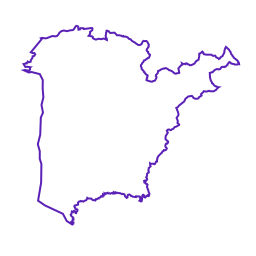 outline of Amansie West, Ashanti, Ghana, rotated 3°
{"feature_id": "2480657B59515552665793", "entity_name": "Amansie West", "entity_type": "district", "adm_level": 2, "iso_a3": "GHA", "parent_name": "Ghana", "parent_adm1": "Ashanti", "projection": "orthographic", "projection_center": [-1.803, 6.438], "detail": "fine", "context": "isolated", "style": "outline", "palette": "violet", "viewbox_px": 256, "rotation_deg": 3, "n_neighbors": 0, "source": "geoboundaries", "source_scale": "gbopen_adm2", "svg_char_len": 5751}
<svg xmlns="http://www.w3.org/2000/svg" viewBox="0 0 256 256"><g transform="rotate(3 128 128)"><path d="M138.8,40.2L137.7,41.8L137.5,42.9L137.0,43.6L135.4,44.6L133.9,44.5L130.9,42.8L130.2,42.1L129.2,41.8L127.0,40.5L126.1,39.4L124.1,38.8L123.3,37.8L122.2,37.2L120.6,36.8L119.2,37.0L118.5,36.3L117.5,36.8L116.8,36.3L114.3,35.8L112.2,36.0L109.6,33.5L105.4,34.0L104.8,33.8L103.7,32.4L102.1,31.9L101.5,32.0L101.7,32.9L101.1,33.7L101.2,35.5L100.8,37.0L101.3,38.7L102.2,40.1L102.3,41.2L99.2,39.9L96.6,40.7L94.0,40.4L91.3,41.4L88.7,40.5L88.1,39.9L88.1,38.9L87.4,38.4L83.9,38.0L85.3,35.9L85.0,34.1L87.2,32.2L87.3,30.4L86.7,30.0L78.6,31.5L78.3,30.7L75.3,30.8L74.8,32.1L73.4,32.4L72.9,29.3L71.3,28.7L70.5,29.1L68.7,32.3L67.8,33.1L64.7,33.6L62.1,34.5L58.8,34.0L56.2,34.9L54.5,36.5L53.7,38.2L52.3,39.8L50.7,40.3L47.6,40.1L42.0,42.6L40.8,42.8L37.3,42.5L36.3,42.9L37.1,43.8L36.9,44.1L27.0,57.5L28.7,58.1L30.6,58.1L31.5,59.3L30.7,60.8L29.0,61.4L28.8,63.2L27.4,65.4L27.3,66.9L25.4,67.6L24.4,66.9L23.5,68.8L22.9,68.5L21.4,69.4L20.4,69.6L22.3,72.4L23.9,72.1L27.3,72.4L26.8,72.8L27.1,74.8L26.0,76.1L23.4,75.6L22.8,75.7L22.2,75.4L20.9,75.8L26.2,77.8L28.6,77.1L37.1,78.8L40.4,84.6L40.7,93.0L41.9,101.8L40.4,109.5L42.3,117.1L40.4,122.1L40.7,139.3L38.8,148.9L41.1,155.8L41.5,163.4L43.4,168.5L44.1,187.0L42.0,205.3L49.2,209.7L67.5,217.1L71.7,224.1L77.4,227.3L78.4,226.5L78.5,225.1L76.9,224.9L75.9,225.6L75.8,225.2L76.8,224.4L77.5,223.0L78.3,222.4L77.6,221.7L78.2,220.8L77.5,219.9L76.3,219.2L75.3,217.7L76.0,216.9L76.3,214.4L77.6,214.9L77.8,214.6L77.5,214.2L78.1,213.7L79.5,213.9L80.0,215.6L80.6,215.7L80.6,214.7L81.6,213.9L81.9,212.4L81.6,212.0L79.6,211.5L79.6,210.6L78.6,209.5L78.7,208.3L82.2,207.1L82.0,205.1L83.1,203.9L84.0,203.8L84.6,203.4L85.0,203.7L85.7,203.4L87.4,203.8L88.3,203.0L89.8,202.4L90.4,201.8L91.0,199.9L91.9,200.5L95.0,200.4L96.0,201.5L97.5,202.0L98.3,201.7L99.0,202.0L99.2,201.2L99.7,200.7L100.2,201.0L101.9,199.8L102.5,199.9L102.7,199.2L104.4,198.5L104.7,197.5L105.3,197.4L106.2,197.7L106.3,196.9L107.2,196.9L107.3,196.6L106.5,195.9L106.5,195.5L107.4,195.9L108.2,195.7L108.4,195.4L108.2,194.7L108.7,195.0L109.4,194.2L109.9,194.6L111.1,193.8L111.3,194.2L112.3,194.4L113.0,194.1L113.7,194.5L115.1,193.8L116.2,194.3L116.5,193.3L117.1,192.7L118.1,194.1L119.0,193.9L119.2,193.0L120.2,193.4L120.7,193.2L121.9,193.6L122.8,193.4L123.2,193.6L123.9,193.6L125.4,194.4L126.1,194.0L127.9,194.4L128.7,196.5L129.4,196.9L130.3,197.9L131.1,197.4L131.0,196.5L131.4,194.8L132.8,194.3L134.5,195.3L134.8,195.9L135.3,195.8L136.3,196.3L139.5,196.6L139.6,195.8L143.1,195.8L143.6,196.2L144.0,198.8L143.9,199.2L143.3,200.0L144.1,200.2L144.8,200.7L145.4,200.5L145.8,198.6L145.7,195.3L146.3,194.0L146.8,193.9L147.7,194.6L147.8,196.1L148.6,196.5L149.1,196.4L149.4,195.6L151.2,194.0L151.5,194.2L151.5,194.9L151.9,195.0L152.3,194.8L152.7,193.8L152.8,192.2L152.2,191.5L151.2,188.2L150.8,187.9L150.0,185.4L150.5,183.6L149.8,182.9L148.9,182.8L148.6,182.2L147.2,181.6L146.9,179.9L147.8,179.5L148.6,180.0L149.8,178.4L149.5,177.2L148.7,176.3L149.5,174.8L149.4,172.9L150.4,171.6L151.1,171.3L151.1,170.7L150.5,169.2L150.9,167.6L150.8,166.9L152.6,165.1L152.1,164.0L151.9,162.1L152.8,162.6L155.1,162.3L156.1,162.8L156.9,162.3L157.7,160.3L158.8,159.9L158.5,158.6L158.9,157.8L158.8,156.6L159.8,154.5L162.5,151.4L163.2,150.9L163.7,149.5L164.7,149.1L165.0,148.2L166.1,148.3L166.9,148.0L167.8,146.7L167.7,146.1L166.4,144.8L166.2,143.6L166.6,142.0L167.3,141.4L167.9,141.6L168.2,141.4L168.8,140.2L168.8,139.4L166.9,138.0L166.0,137.0L166.0,134.3L168.0,130.5L166.9,128.7L167.8,127.6L169.1,127.3L170.5,127.9L171.0,127.9L171.6,127.2L173.3,126.4L174.5,124.7L175.9,124.2L178.9,122.3L178.9,121.8L177.1,120.3L177.4,119.1L177.3,118.2L176.0,115.3L177.6,112.8L177.7,111.5L177.1,109.5L175.2,105.4L176.5,104.7L177.8,102.9L182.8,98.5L183.7,96.0L186.5,93.4L189.9,92.6L190.6,92.9L191.7,94.4L193.3,95.2L195.2,95.2L196.4,94.9L196.8,94.7L197.3,93.5L199.6,92.0L199.8,91.7L199.2,90.6L199.3,90.2L201.3,88.2L201.7,87.3L204.6,87.5L207.1,86.6L208.2,87.0L211.4,86.9L213.8,85.5L215.3,83.4L216.4,82.6L215.7,82.6L214.2,81.9L212.9,81.7L211.5,80.6L211.0,79.8L209.6,78.9L209.7,78.4L208.2,76.3L207.2,73.0L206.8,68.7L207.6,68.6L208.4,68.0L209.5,67.9L211.4,65.7L213.3,64.6L214.7,64.5L215.5,64.8L216.9,64.3L218.2,62.3L219.3,61.9L221.1,62.1L221.4,61.7L222.3,61.6L223.4,60.2L224.1,59.8L224.2,58.9L225.8,56.8L227.1,57.5L227.6,58.2L230.4,58.6L231.2,59.0L233.8,58.9L235.0,58.2L235.6,58.4L235.4,57.3L234.6,56.7L234.6,56.0L233.7,54.9L229.8,52.1L229.3,51.1L228.5,50.5L228.2,49.7L227.1,48.7L226.4,46.6L225.6,45.9L225.0,44.7L221.6,41.9L221.0,43.1L220.1,46.4L220.4,47.2L218.6,51.3L216.8,52.4L216.2,53.7L215.2,54.3L215.0,53.9L212.4,52.8L211.3,51.2L209.1,51.5L207.2,50.4L202.5,50.7L199.9,50.3L199.3,49.7L199.4,49.0L198.2,47.8L196.3,49.7L195.4,49.9L195.2,50.4L195.4,52.2L194.9,56.1L192.6,57.6L191.0,60.2L190.0,60.8L188.0,61.9L186.5,62.1L185.2,61.3L184.6,61.3L183.4,60.4L182.4,60.5L182.1,61.3L181.2,61.0L179.3,61.1L178.5,60.6L178.9,61.9L177.8,62.6L175.2,65.8L176.3,70.2L175.9,70.5L173.5,70.9L173.0,71.2L171.9,71.2L169.0,69.0L166.9,68.2L165.9,68.1L165.4,67.5L163.0,66.3L162.2,66.2L161.1,66.8L160.7,66.7L159.2,67.2L157.8,67.9L156.3,69.1L155.1,69.4L154.8,71.6L153.2,73.6L153.0,74.6L153.8,75.5L153.8,76.3L152.6,79.0L152.2,79.4L150.6,79.8L149.9,80.4L148.4,80.5L144.0,79.3L144.0,78.1L144.6,77.0L144.3,76.3L144.9,75.1L144.8,74.3L142.9,73.4L142.5,72.6L141.8,72.1L141.6,71.4L140.8,71.1L140.5,70.0L138.6,68.5L138.5,67.2L137.6,65.7L137.6,64.6L138.4,63.5L138.7,62.5L139.8,61.4L140.4,59.7L141.6,59.4L142.8,58.1L143.8,57.6L144.3,57.0L145.2,56.8L146.2,54.2L146.1,53.6L145.5,53.4L144.1,51.8L144.1,50.8L142.9,50.2L142.6,49.6L142.7,48.3L144.4,45.8L144.1,45.1L144.5,43.9L143.0,41.3L141.8,40.1L140.0,40.4L138.8,40.2Z" fill="none" stroke="#5b21b6" stroke-width="2"/></g></svg>